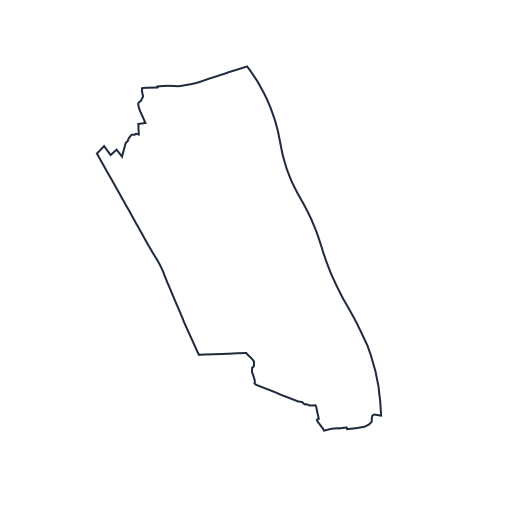 Beuningen, Gelderland, Netherlands, rotated 54°
{"feature_id": "6326949B97064433644944", "entity_name": "Beuningen", "entity_type": "district", "adm_level": 2, "iso_a3": "NLD", "parent_name": "Netherlands", "parent_adm1": "Gelderland", "projection": "natural_earth1", "projection_center": [5.747, 51.864], "detail": "fine", "context": "isolated", "style": "outline", "palette": "slate", "viewbox_px": 512, "rotation_deg": 54, "n_neighbors": 0, "source": "geoboundaries", "source_scale": "gbopen_adm2", "svg_char_len": 5703}
<svg xmlns="http://www.w3.org/2000/svg" viewBox="0 0 512 512"><g transform="rotate(54 256 256)"><path d="M53.3,249.6L53.5,249.8L53.9,250.1L55.0,251.0L55.8,251.5L60.2,253.4L60.8,254.0L62.2,256.7L62.6,257.5L62.9,258.4L62.9,258.8L62.8,259.6L62.8,260.1L63.0,260.8L63.4,261.5L63.5,261.6L63.7,261.9L63.8,262.0L64.4,262.3L64.8,262.5L65.1,262.7L66.1,263.1L69.6,264.4L70.5,264.6L77.1,265.9L80.3,266.6L83.4,267.3L83.1,267.8L80.0,273.7L81.3,274.4L81.5,274.5L83.4,275.9L84.6,276.7L85.8,277.4L88.8,279.4L87.6,280.4L87.2,280.8L86.5,281.3L86.6,282.1L86.6,282.3L86.6,282.5L86.6,282.8L86.3,283.2L86.1,283.5L85.0,284.8L84.9,285.1L84.9,285.5L84.9,286.1L85.0,286.3L85.2,287.1L85.8,289.2L86.0,289.8L86.2,290.1L86.4,290.4L87.3,291.8L87.5,292.0L87.7,292.4L87.7,292.7L87.8,292.9L87.8,293.1L87.8,293.4L87.9,294.1L87.9,294.6L87.9,294.8L88.0,295.0L88.4,295.5L88.6,295.8L89.4,296.8L95.5,304.3L96.9,306.0L96.1,306.0L88.0,306.3L88.9,314.3L84.2,314.3L83.7,314.3L77.8,314.3L77.9,314.7L78.6,318.8L78.9,320.2L79.6,324.5L88.9,325.6L96.5,326.5L106.3,327.6L108.6,327.8L110.2,328.0L112.0,328.2L115.7,328.6L117.6,328.9L119.2,329.1L122.2,329.4L124.7,329.7L128.4,330.2L134.0,330.8L137.2,331.2L139.5,331.5L144.8,332.0L145.8,332.1L148.7,332.5L152.4,333.0L154.2,333.2L156.1,333.4L157.4,333.6L160.0,334.0L160.1,333.9L170.2,335.1L172.2,335.3L175.1,335.7L176.7,335.9L178.3,336.1L178.6,336.2L178.8,336.1L181.6,336.5L182.0,336.6L182.3,336.6L184.3,336.8L187.3,337.1L187.8,337.1L188.6,337.2L192.1,337.6L196.3,337.9L197.6,338.0L199.0,338.1L201.7,338.3L206.8,339.0L209.4,339.4L213.3,340.2L215.3,340.6L216.4,340.9L216.8,341.1L217.0,341.2L218.2,341.5L219.8,341.9L222.2,342.5L225.2,343.3L227.0,343.7L228.2,343.9L245.5,348.0L256.2,350.4L256.5,350.4L259.6,351.2L262.3,351.8L263.5,352.1L265.4,352.6L266.4,352.9L268.6,353.4L271.5,354.0L298.8,359.6L300.2,359.9L300.6,359.9L301.0,360.0L301.5,360.0L302.0,360.1L302.3,360.3L302.7,359.7L302.9,359.6L303.1,359.1L304.8,356.6L305.7,355.2L306.5,353.9L307.8,352.1L308.1,351.7L308.7,350.9L309.4,349.8L309.7,349.3L310.8,347.7L313.3,344.0L313.7,343.5L316.0,340.1L317.4,337.9L320.4,333.5L320.6,333.0L320.7,332.8L320.8,332.7L324.1,327.7L324.6,326.9L325.3,325.9L325.8,325.4L326.0,324.9L326.5,324.2L328.7,320.9L329.5,320.9L330.1,320.9L330.3,320.8L330.7,320.8L333.3,320.3L336.2,319.8L336.5,319.7L336.8,319.7L337.1,319.7L340.2,319.7L340.4,319.8L340.5,319.8L341.1,320.3L343.9,322.5L344.0,322.6L344.1,324.7L344.1,324.8L347.6,327.5L349.5,328.0L350.0,328.1L352.1,328.8L352.9,329.1L353.0,329.1L354.2,329.5L355.0,329.8L355.6,330.1L356.2,330.3L356.7,330.6L356.9,330.8L357.4,331.2L358.2,331.9L358.2,332.0L358.4,332.0L359.9,331.8L361.4,330.9L362.8,330.0L368.0,326.7L369.6,325.6L373.7,323.0L377.3,320.7L379.5,319.4L384.6,316.4L385.2,316.0L386.6,315.0L390.8,312.3L392.2,311.4L394.7,309.8L395.7,309.1L396.1,308.9L398.1,307.7L400.6,305.2L401.2,304.6L401.3,304.6L401.5,304.4L401.9,304.4L403.0,304.4L403.3,304.4L403.5,304.3L403.7,304.1L404.3,303.7L404.9,303.5L405.0,303.5L405.1,303.4L405.1,303.2L405.2,302.8L405.3,302.6L406.3,301.8L406.5,301.6L407.2,301.2L407.7,301.0L407.9,300.9L408.0,300.8L408.2,300.6L408.4,300.4L408.8,299.9L410.0,298.5L410.1,298.3L410.3,297.9L410.8,297.2L411.1,296.7L411.4,296.3L411.4,296.2L411.5,296.0L411.5,295.9L411.8,295.9L412.7,295.7L412.8,295.7L412.9,295.8L413.0,295.8L413.3,295.9L418.1,298.1L424.6,300.9L424.4,301.7L424.4,302.6L424.3,303.0L424.6,303.2L425.0,303.3L426.5,303.5L428.2,303.5L429.3,303.4L430.1,303.4L430.5,303.4L431.7,303.3L432.2,303.4L432.8,303.4L434.0,303.3L434.4,303.3L435.9,303.4L436.9,303.5L437.3,303.6L439.7,297.5L441.3,294.5L441.9,293.5L443.7,290.6L444.0,290.6L444.9,289.2L446.4,286.2L448.0,283.5L449.6,284.1L451.3,281.1L452.2,279.7L452.8,278.5L454.1,276.3L457.9,268.6L458.7,263.9L458.3,260.8L458.2,260.2L458.0,259.9L457.4,259.2L455.4,257.7L454.8,257.2L454.3,256.6L453.7,255.8L453.5,254.9L453.7,254.0L454.1,253.1L455.2,252.1L458.7,248.6L453.5,245.3L446.7,241.0L443.4,239.2L442.3,238.5L441.2,238.0L434.3,234.0L433.4,233.5L424.8,229.6L419.2,227.0L417.0,226.2L415.2,225.6L404.0,221.5L401.7,220.8L397.3,219.5L394.3,218.6L393.9,218.5L393.5,218.4L392.5,218.2L391.3,218.0L384.4,216.7L381.2,216.1L378.8,215.6L374.0,214.8L371.5,214.3L366.2,213.5L364.6,213.2L362.6,213.0L360.1,212.7L354.5,212.0L345.2,211.0L341.4,210.6L337.5,210.0L334.6,209.5L329.0,208.6L324.3,207.7L319.4,206.7L315.3,205.9L309.0,204.3L302.0,202.4L295.2,200.3L292.6,199.6L289.8,198.5L280.9,195.6L275.9,194.0L274.0,193.5L271.8,192.8L268.9,192.1L265.7,191.3L263.0,190.7L259.2,189.8L257.4,189.4L256.4,189.2L254.8,189.0L253.3,188.7L251.4,188.3L244.4,187.3L243.1,187.1L241.0,186.8L229.4,185.5L222.1,184.3L218.7,183.7L215.5,183.1L211.2,182.0L206.7,180.8L204.6,180.2L203.1,179.8L196.6,177.5L192.5,176.0L189.7,174.9L182.8,171.8L175.2,168.2L174.8,168.1L173.5,167.5L169.3,165.5L167.0,164.6L165.4,163.9L162.9,163.0L157.1,160.8L155.5,160.3L152.1,159.3L150.8,158.9L150.2,158.7L144.1,157.0L143.6,156.8L143.0,156.7L141.6,156.4L139.5,155.9L136.4,155.2L133.4,154.6L132.1,154.4L130.6,154.1L128.6,153.8L120.7,152.8L115.8,152.2L114.0,152.1L111.8,152.0L105.0,151.8L103.6,151.7L102.8,151.7L97.4,151.8L94.4,160.8L91.9,168.2L91.0,170.6L90.9,171.1L91.0,171.3L91.0,171.5L90.9,171.9L90.5,172.8L89.8,175.1L88.7,178.2L87.7,181.6L85.7,187.5L85.3,188.6L83.4,194.9L83.4,195.1L82.7,197.4L82.5,197.9L81.9,199.7L81.6,200.7L81.1,202.1L80.5,203.8L80.4,203.9L80.2,204.3L80.1,204.5L79.0,207.1L78.6,208.0L77.6,210.0L77.3,210.7L76.0,213.2L75.6,214.0L75.1,215.2L74.8,215.8L73.8,217.7L73.1,218.8L72.4,219.8L72.0,220.3L69.0,224.0L67.3,226.3L66.1,227.9L64.9,229.7L61.5,235.0L61.0,236.0L61.4,236.1L61.8,236.2L61.9,236.3L61.6,236.9L61.2,237.5L57.5,242.8L56.3,244.7L55.2,246.2L54.6,247.1L54.2,247.8L53.9,248.3L53.5,249.1L53.3,249.6Z" fill="none" stroke="#1e293b" stroke-width="2"/></g></svg>